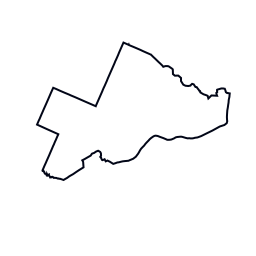 outline of Tomes pag., Keguma, Latvia, rotated 118°
{"feature_id": "27541924B49923390023090", "entity_name": "Tomes pag.", "entity_type": "district", "adm_level": 2, "iso_a3": "LVA", "parent_name": "Latvia", "parent_adm1": "Keguma", "projection": "albers", "projection_center": [24.641, 56.746], "detail": "fine", "context": "isolated", "style": "outline", "palette": "ink", "viewbox_px": 256, "rotation_deg": 118, "n_neighbors": 0, "source": "geoboundaries", "source_scale": "gbopen_adm2", "svg_char_len": 4720}
<svg xmlns="http://www.w3.org/2000/svg" viewBox="0 0 256 256"><g transform="rotate(118 128 128)"><path d="M110.3,75.7L109.6,72.2L109.1,70.4L108.3,69.2L107.8,67.8L107.1,66.5L106.2,65.3L105.2,64.3L103.7,62.2L100.8,59.6L95.5,55.8L90.7,52.3L83.5,47.6L80.1,44.3L77.4,43.1L75.3,43.6L74.6,44.2L71.9,45.8L69.6,46.9L65.8,48.6L63.0,49.5L60.3,50.5L58.5,51.1L57.1,51.7L56.0,52.2L53.9,52.8L52.8,53.1L52.2,53.4L49.7,54.4L50.2,56.0L50.2,56.3L50.4,56.4L50.5,56.6L50.6,57.0L50.6,57.3L50.4,58.4L49.5,59.3L49.3,59.4L49.2,59.5L47.9,61.0L48.3,62.0L48.3,62.3L48.7,63.0L49.3,64.2L50.5,65.4L51.6,66.5L52.2,67.2L52.5,67.3L53.6,66.7L54.4,66.1L55.6,66.5L57.0,65.3L57.7,64.5L60.0,69.4L60.1,69.6L64.2,70.9L64.0,71.1L62.2,72.8L62.3,74.2L62.5,75.5L62.7,76.6L62.8,77.3L62.7,78.5L62.7,79.3L62.6,80.9L61.8,81.4L61.5,81.9L61.7,82.4L61.3,83.1L60.8,84.0L60.7,84.4L60.6,84.6L60.5,84.8L60.4,85.1L60.3,85.4L60.1,85.7L59.8,86.0L59.7,86.7L60.1,87.7L58.6,90.5L58.9,92.1L60.9,92.8L61.3,92.8L62.3,94.1L62.6,94.4L63.7,97.1L63.8,99.5L61.7,103.2L58.9,104.7L58.1,108.2L59.8,111.2L59.3,113.6L55.5,115.8L55.2,116.0L54.9,116.9L54.9,117.4L54.8,118.1L54.7,118.7L54.7,119.0L54.5,120.5L54.5,120.9L54.5,121.1L54.5,121.3L54.7,121.8L54.7,122.0L55.0,122.5L55.5,123.6L55.8,124.0L56.0,124.2L56.1,124.4L56.3,124.6L56.6,124.8L56.8,125.1L57.1,125.3L57.4,125.6L57.0,126.4L56.7,127.2L56.0,129.6L55.4,131.9L54.7,134.3L54.0,136.7L53.4,139.0L52.7,141.3L52.5,142.2L52.2,143.0L52.3,142.9L52.5,143.0L52.6,144.0L52.6,144.3L52.8,146.7L53.1,151.1L53.2,153.6L53.6,158.5L53.9,161.9L54.0,162.9L54.1,163.8L54.2,164.9L54.2,166.0L54.3,166.1L54.3,166.3L54.2,166.4L54.3,166.4L54.3,166.6L54.3,166.9L54.5,169.5L54.7,172.1L57.4,171.9L60.1,171.7L62.8,171.5L65.5,171.3L68.2,171.0L70.9,170.8L72.3,170.7L73.7,170.6L74.2,170.6L74.7,170.6L77.4,170.3L80.1,170.1L82.8,169.9L85.5,169.7L88.2,169.5L90.9,169.3L93.6,169.1L96.3,168.8L99.0,168.6L101.7,168.4L104.1,168.3L106.5,168.1L106.8,168.1L107.1,168.0L109.8,167.8L112.5,167.6L115.2,167.4L117.9,167.2L120.6,167.0L123.3,166.8L123.9,166.7L124.3,172.0L124.8,178.2L125.2,183.6L125.6,188.9L126.1,194.3L126.1,195.1L126.6,200.3L127.0,205.2L127.3,210.0L127.6,212.9L133.7,212.5L139.8,212.0L145.1,211.6L151.1,211.2L154.7,210.9L156.3,210.8L161.9,210.3L162.1,210.3L162.3,210.3L162.9,210.3L167.7,209.9L167.0,198.3L166.2,186.6L166.7,186.5L167.8,186.5L169.2,186.4L172.5,186.1L173.2,186.1L175.8,185.9L177.4,185.7L178.4,185.7L178.6,185.7L183.2,185.3L186.9,185.0L189.1,184.8L194.9,184.4L197.3,184.2L200.7,184.0L205.3,183.6L205.5,183.6L205.9,183.4L206.0,183.2L205.9,182.9L205.9,182.7L205.6,182.4L205.9,182.1L206.0,182.0L206.0,181.6L206.2,181.2L206.7,180.9L206.7,180.7L206.8,180.6L206.9,180.4L207.1,180.1L207.2,179.9L207.3,179.7L207.2,179.6L207.1,179.2L207.1,178.9L207.2,178.5L207.4,178.3L207.5,178.0L207.8,177.8L207.9,177.6L208.0,177.5L207.9,177.4L207.6,177.3L207.3,177.5L207.1,177.5L206.9,177.6L207.1,177.3L207.1,177.2L207.1,176.7L207.0,176.3L207.2,176.2L206.9,176.0L206.3,176.1L206.2,176.0L206.7,175.8L206.8,175.8L207.0,175.6L207.1,175.4L207.2,175.1L207.3,174.9L207.4,174.4L207.9,173.8L208.2,173.5L208.0,173.2L207.8,173.1L207.6,173.0L207.5,172.9L207.5,172.7L207.4,172.7L207.2,172.7L207.0,172.4L206.8,172.1L206.8,171.9L206.6,171.8L206.6,171.5L206.6,171.2L206.6,170.9L206.8,170.6L206.8,170.4L206.7,170.3L206.7,170.1L206.8,169.9L206.6,169.7L206.4,169.4L206.2,168.9L206.0,168.3L205.7,167.8L205.7,167.1L205.6,166.8L205.6,166.2L205.5,165.9L205.3,165.8L205.1,165.5L205.1,165.3L205.1,165.1L205.0,164.7L204.9,164.3L204.7,164.0L204.2,160.6L200.6,158.3L198.3,157.2L197.3,156.6L194.5,154.8L191.2,153.1L187.9,151.3L186.2,150.3L183.6,148.8L179.3,151.5L179.0,151.7L178.9,151.8L178.4,152.5L178.0,153.2L177.4,152.8L176.8,152.4L176.1,151.9L173.7,150.4L172.9,149.9L169.9,148.0L167.8,147.8L167.5,147.7L165.9,146.2L164.7,145.6L163.6,145.0L163.3,144.7L162.1,143.7L162.1,142.8L162.2,141.3L162.5,140.8L163.1,140.0L165.1,138.8L166.5,138.9L166.6,138.3L166.6,138.1L166.7,137.9L167.3,137.5L167.9,136.6L168.4,135.9L168.3,135.3L167.9,135.0L167.4,134.6L166.6,134.0L167.2,133.1L167.9,132.0L167.5,131.7L167.1,131.4L166.6,131.0L166.4,130.9L166.3,128.5L166.3,128.2L166.6,124.2L165.9,123.5L165.1,122.7L164.1,121.8L163.5,121.3L162.6,120.0L161.1,118.4L159.9,117.0L158.8,115.4L156.7,112.2L155.6,111.4L154.2,110.2L153.3,109.5L152.6,108.9L151.6,108.5L149.7,107.6L147.8,107.3L146.0,107.0L144.0,106.9L142.2,106.9L140.1,106.7L137.6,106.0L136.0,105.5L133.9,105.2L132.3,104.8L130.2,104.2L129.2,103.9L127.8,103.6L126.3,103.0L126.2,103.0L125.6,102.7L125.0,102.4L123.8,101.8L122.6,101.0L121.8,100.0L121.7,99.8L121.1,98.0L120.8,95.3L120.3,91.9L120.1,89.5L120.0,87.8L119.5,86.8L118.7,85.5L117.8,84.3L115.6,82.5L113.9,81.5L112.9,80.4L112.1,79.2L111.3,78.0L110.7,77.0L110.3,75.7Z" fill="none" stroke="#020617" stroke-width="2"/></g></svg>